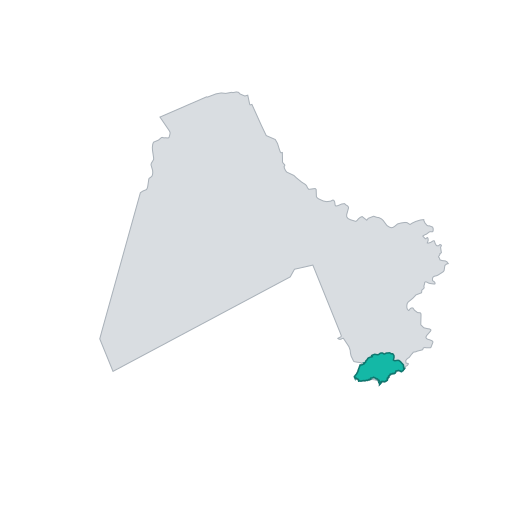 Kayes, Kayes, Mali (highlighted), rotated 248°
{"feature_id": "8926073B46590111149246", "entity_name": "Kayes", "entity_type": "district", "adm_level": 2, "iso_a3": "MLI", "parent_name": "Mali", "parent_adm1": "Kayes", "projection": "natural_earth1", "projection_center": [-11.81, 14.583], "detail": "fine", "context": "in_parent", "style": "filled", "palette": "teal", "viewbox_px": 512, "rotation_deg": 248, "n_neighbors": 0, "source": "geoboundaries", "source_scale": "gbopen_adm2", "svg_char_len": 7889}
<svg xmlns="http://www.w3.org/2000/svg" viewBox="0 0 512 512"><g transform="rotate(248 256 256)"><path d="M107.9,378.4L108.0,376.7L106.7,375.4L106.7,374.8L107.4,369.7L107.3,368.3L107.9,365.7L107.0,364.6L106.8,363.7L104.7,360.3L104.0,357.5L102.9,355.6L100.4,355.0L99.5,356.6L98.9,356.9L98.0,355.7L97.7,354.8L97.7,353.8L94.4,349.4L94.7,347.0L95.9,345.7L96.3,343.7L95.1,341.3L95.3,339.0L95.2,335.8L93.3,333.1L92.0,331.8L90.9,329.9L91.8,325.4L89.9,321.6L93.4,323.1L95.1,321.7L96.7,319.7L98.1,317.2L98.7,314.0L99.0,311.3L100.4,307.0L102.1,304.9L105.6,302.0L106.5,302.3L112.3,308.6L115.6,311.8L116.8,313.5L117.8,313.5L119.4,310.4L121.1,307.7L121.8,307.1L127.6,306.7L130.6,307.2L133.3,308.0L137.1,308.2L147.0,306.2L147.2,305.0L147.0,303.5L147.4,302.3L148.3,301.3L149.0,301.0L149.3,304.6L150.1,305.2L152.5,305.3L226.3,305.3L229.3,286.7L223.8,279.9L202.6,80.2L237.7,80.1L243.8,84.7L358.0,172.5L358.6,175.4L358.6,179.3L359.5,180.5L361.1,181.7L367.6,185.5L368.1,186.2L368.4,187.8L369.2,189.7L370.6,190.8L372.2,191.6L374.1,192.2L379.9,192.8L381.2,193.7L383.8,197.2L385.2,197.8L393.0,199.7L395.6,200.6L398.4,202.2L399.9,203.6L400.0,209.1L401.2,212.6L401.1,213.5L399.9,215.0L399.7,216.0L398.3,218.8L398.6,219.9L401.4,222.0L402.7,222.6L404.3,222.6L420.8,219.0L422.1,269.8L421.5,270.6L421.3,279.6L420.2,284.9L418.1,288.8L416.9,294.7L416.1,295.8L415.5,299.2L414.3,301.1L412.2,301.9L408.5,305.6L408.2,308.6L399.2,307.0L398.6,307.0L398.2,307.4L398.1,309.0L375.1,309.9L363.8,310.6L356.8,317.5L352.2,318.1L346.4,317.6L343.4,317.5L342.3,317.9L342.1,319.2L332.9,315.7L329.5,316.8L328.9,316.4L328.5,315.6L326.8,315.2L324.2,315.4L322.3,315.9L316.5,321.3L313.4,322.7L307.6,325.9L303.6,328.7L302.1,329.2L299.9,329.3L298.0,329.9L296.4,336.1L295.2,336.7L288.3,334.2L286.9,334.6L285.7,335.3L281.8,339.0L279.9,341.9L278.9,345.8L279.1,348.3L278.4,349.0L276.7,349.2L273.4,348.4L272.4,348.8L272.0,350.7L272.1,354.9L271.4,357.7L269.5,358.6L268.1,359.7L266.9,360.0L265.9,359.8L260.3,355.5L258.4,354.8L256.3,355.3L254.3,357.1L250.7,361.5L251.1,363.1L252.1,364.9L252.8,367.2L252.8,369.2L247.7,372.1L248.9,374.2L248.8,380.0L246.5,382.6L245.6,384.3L243.4,386.2L241.4,387.2L235.2,388.8L232.7,390.6L231.5,392.1L231.2,393.7L231.5,395.5L232.7,399.3L232.3,402.7L231.3,406.8L230.4,408.5L227.5,410.6L228.0,413.2L228.2,417.0L227.8,421.9L226.9,425.2L226.2,424.9L223.4,425.0L220.4,426.0L219.4,426.9L219.1,428.0L216.6,430.6L214.9,430.5L213.3,429.8L212.4,429.1L212.4,428.6L213.3,426.5L213.4,425.8L212.4,422.1L212.5,421.1L212.1,418.3L211.9,418.1L208.6,419.4L208.4,419.9L209.0,421.7L208.6,422.0L207.4,422.0L205.8,421.4L204.0,419.7L203.5,420.3L203.3,421.6L203.2,423.1L203.7,426.0L203.2,427.0L200.3,426.8L198.0,427.2L197.4,428.2L197.1,429.3L197.7,430.5L197.6,431.1L196.6,431.9L196.2,431.8L194.9,430.4L189.6,429.1L189.2,427.2L188.6,427.2L186.9,424.9L186.2,424.9L185.6,425.3L183.5,425.1L181.8,427.2L180.5,429.7L179.0,430.9L176.9,431.4L177.2,429.8L176.5,427.6L172.0,424.9L171.3,423.8L170.1,417.5L170.1,415.7L170.4,414.1L170.3,412.8L169.8,411.8L168.4,410.9L167.0,410.5L165.2,411.7L164.3,411.9L163.5,411.8L163.1,411.4L163.2,410.8L165.1,407.4L166.1,406.0L168.0,404.4L168.5,403.6L168.5,403.0L168.3,402.5L167.1,401.9L165.1,400.3L164.0,400.2L163.1,399.5L162.2,397.0L161.7,396.6L160.8,396.3L159.9,395.7L160.0,389.8L158.0,385.4L156.3,379.8L155.4,378.5L153.8,377.4L151.9,376.6L150.2,376.4L148.3,377.0L148.3,377.5L149.4,379.3L149.6,380.3L149.4,381.3L149.0,382.0L146.4,382.6L143.0,384.6L141.8,387.0L141.0,387.3L139.7,387.0L130.5,383.0L126.6,384.7L124.1,388.2L123.5,389.4L122.3,390.4L121.7,390.4L121.0,389.7L118.3,384.4L117.1,383.1L115.7,383.1L114.5,384.0L113.2,385.7L111.5,387.4L110.5,387.9L109.6,387.6L105.8,384.0L105.6,383.3L107.3,379.1L107.9,378.4Z" fill="#d9dde1" stroke="#a8b0b8" stroke-width="1"/><path d="M120.4,325.9L120.2,325.8L119.9,325.9L119.4,326.1L119.1,326.1L119.2,325.5L119.4,324.2L119.4,322.3L119.2,321.4L119.0,321.1L118.2,320.2L118.1,319.8L117.6,318.6L117.4,318.3L116.5,317.9L116.3,317.3L116.5,316.7L116.5,316.0L116.3,316.2L116.0,316.2L115.6,316.1L115.5,315.6L115.4,313.9L115.5,312.8L115.9,311.7L115.7,311.6L115.7,311.4L115.4,311.3L114.8,310.8L114.5,310.3L114.2,310.2L112.9,308.9L112.5,308.6L112.4,308.4L111.9,308.2L111.8,307.9L111.6,307.8L110.6,307.2L110.4,306.7L110.1,306.5L109.7,306.0L109.5,305.8L109.5,305.6L109.2,305.2L108.9,305.0L108.8,304.8L108.7,304.6L108.5,304.4L108.5,304.2L108.3,303.6L108.1,303.3L107.8,302.9L107.6,302.7L107.5,302.1L107.4,302.1L107.2,302.1L106.7,301.9L106.5,302.1L106.4,302.0L106.1,302.1L105.8,302.0L105.3,302.0L105.6,302.2L105.6,302.3L105.8,302.5L105.5,302.8L105.3,303.1L105.1,303.0L104.9,302.9L104.8,303.0L104.7,303.1L104.6,303.3L104.4,303.3L104.2,303.9L104.0,304.2L103.7,304.2L103.4,304.4L103.2,304.6L102.8,304.7L102.6,304.5L102.4,304.6L102.3,304.4L102.2,304.4L101.7,304.3L101.4,304.3L101.3,304.6L101.4,305.5L101.1,305.8L100.8,306.1L100.6,306.4L100.6,306.7L100.6,306.9L100.6,307.0L100.6,307.3L100.5,307.5L100.5,307.9L100.4,308.4L100.3,308.9L100.2,309.0L100.1,309.3L99.8,309.5L99.7,309.8L99.8,310.1L99.5,310.5L99.4,310.8L99.5,311.0L99.5,311.3L99.5,311.5L99.4,312.1L99.2,312.3L98.9,312.6L98.8,312.8L98.8,313.0L99.0,313.6L99.3,313.9L99.3,314.1L99.1,314.3L98.9,314.4L98.6,314.9L98.7,315.1L98.9,315.3L99.0,315.5L98.9,315.6L98.8,315.8L98.7,316.0L98.7,316.3L98.8,316.3L99.0,316.3L99.1,316.2L99.4,316.1L99.5,316.1L99.6,316.3L99.8,316.5L99.6,317.1L99.6,317.5L99.5,317.8L99.4,318.1L99.4,318.3L99.2,318.5L99.2,318.8L99.3,319.0L99.5,319.2L99.5,319.3L99.6,319.5L99.4,319.7L99.2,319.6L99.1,319.9L99.0,320.1L98.9,320.1L98.7,320.5L98.4,320.5L98.0,320.9L97.9,321.1L97.7,321.3L97.3,321.2L97.0,321.3L96.9,321.4L96.8,321.5L96.8,321.8L96.9,322.0L96.8,322.3L96.7,322.4L96.0,322.7L95.9,322.7L95.7,322.7L95.4,322.8L95.4,322.7L95.1,322.7L94.9,322.7L94.7,322.6L94.6,322.8L94.6,323.0L94.7,323.4L94.6,323.6L94.3,323.6L94.1,323.5L93.3,323.0L93.2,322.9L93.2,322.7L92.7,322.4L92.6,322.5L92.4,322.5L92.2,322.7L92.1,322.8L91.5,322.8L91.2,322.9L90.9,322.8L90.7,322.7L90.8,322.9L90.8,323.3L91.2,323.5L91.3,323.6L91.3,323.8L91.3,324.1L91.4,324.3L91.5,324.3L91.9,324.3L92.0,324.4L92.1,324.5L92.3,324.5L92.0,325.0L92.3,325.2L92.5,325.3L92.6,325.5L92.6,325.8L92.5,326.1L92.4,326.2L92.2,326.2L92.1,326.4L92.0,326.9L91.8,327.3L91.8,327.6L91.7,327.7L91.3,327.7L91.2,327.9L91.2,328.2L91.2,328.4L91.1,328.7L91.1,329.0L91.2,329.3L91.4,329.4L91.5,329.5L91.4,329.8L91.4,330.1L91.5,330.2L91.7,330.4L91.7,330.5L91.5,330.9L91.5,331.2L91.9,331.4L92.0,331.3L92.3,331.6L92.6,331.7L92.9,331.7L93.0,331.5L93.0,331.8L93.1,332.1L93.4,332.0L93.4,331.9L93.6,332.0L93.7,332.4L93.5,332.6L93.7,332.8L93.8,332.9L93.7,333.0L93.7,333.3L93.7,333.6L93.9,333.6L94.0,333.7L94.1,333.8L94.3,333.7L94.5,333.8L94.9,333.9L94.9,334.0L95.0,334.0L95.5,335.7L95.6,335.9L95.8,336.0L95.8,336.3L96.1,336.4L96.0,336.6L96.0,337.0L95.8,337.7L95.8,337.9L96.0,338.4L95.9,338.7L95.7,338.7L95.6,338.8L95.6,339.0L95.7,339.3L95.5,339.5L95.3,339.6L95.4,340.0L95.2,340.1L95.4,340.4L95.4,340.7L95.4,340.8L95.3,341.1L95.6,341.3L95.7,341.5L95.8,341.6L96.7,342.5L96.9,342.6L96.7,344.0L96.6,344.5L96.5,344.9L96.5,345.1L96.5,345.3L96.3,345.4L96.2,345.6L95.9,346.1L95.5,346.4L95.5,346.6L95.4,346.7L95.2,346.7L95.2,346.8L94.8,347.0L94.7,347.1L94.4,347.2L94.4,347.3L94.2,347.4L94.2,347.8L94.3,348.0L94.5,348.3L94.6,348.6L94.8,349.2L94.7,349.6L94.8,349.7L95.1,350.0L95.6,350.5L95.6,350.9L95.6,351.1L95.9,351.2L96.0,351.4L96.1,351.6L96.3,351.3L96.7,350.9L96.9,350.9L96.9,351.0L97.1,351.2L97.2,351.3L97.9,351.5L98.1,351.5L98.3,351.5L98.5,351.4L99.6,351.9L100.9,351.5L102.9,350.7L103.9,350.4L104.9,349.8L105.7,349.3L106.3,348.0L106.8,345.7L107.3,344.9L108.0,344.4L110.5,346.1L112.1,346.6L113.7,346.3L114.2,346.0L114.3,345.6L114.8,344.6L115.4,344.3L116.2,343.6L116.7,341.9L117.2,340.4L117.0,338.7L117.1,338.1L117.5,337.7L118.5,337.1L118.8,336.6L119.1,335.8L119.3,334.9L118.7,332.9L118.8,332.2L118.9,331.7L119.6,330.5L120.4,329.3L120.5,327.4L120.4,325.9Z" fill="#14b8a6" stroke="#0f766e" stroke-width="1.5"/></g></svg>